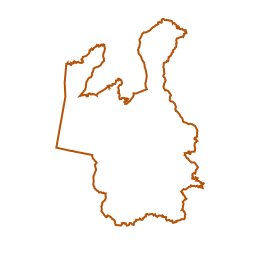 Poxoréu, Mato Grosso, Brazil, rotated 350°
{"feature_id": "56859067B72857844459056", "entity_name": "Poxoréu", "entity_type": "district", "adm_level": 2, "iso_a3": "BRA", "parent_name": "Brazil", "parent_adm1": "Mato Grosso", "projection": "robinson", "projection_center": [-54.104, -15.809], "detail": "fine", "context": "isolated", "style": "outline", "palette": "amber", "viewbox_px": 256, "rotation_deg": 350, "n_neighbors": 0, "source": "geoboundaries", "source_scale": "gbopen_adm2", "svg_char_len": 5806}
<svg xmlns="http://www.w3.org/2000/svg" viewBox="0 0 256 256"><g transform="rotate(350 128 128)"><path d="M68.7,141.0L69.3,140.8L70.2,141.5L88.2,148.4L87.8,149.8L88.2,151.9L91.1,156.6L90.8,157.2L88.9,158.5L89.4,163.4L85.5,169.9L84.9,174.9L84.0,177.4L84.1,178.9L84.7,180.2L84.5,181.2L86.7,184.5L87.8,185.2L88.3,186.5L90.3,186.5L91.6,187.7L92.7,187.4L93.1,188.1L94.7,188.7L94.2,189.9L94.2,192.0L93.3,194.3L92.1,195.5L89.7,197.0L89.1,199.6L88.1,200.8L88.2,203.0L87.4,205.4L90.6,211.6L91.4,212.2L92.1,211.7L92.2,210.9L92.7,210.6L93.5,210.9L95.7,212.8L96.9,215.2L97.6,215.3L98.2,215.9L98.9,217.8L98.7,218.4L99.0,221.3L104.1,222.8L105.6,221.6L105.4,220.7L106.5,220.5L108.0,221.6L108.6,221.1L109.2,221.4L109.7,223.7L110.0,224.0L111.9,223.8L113.1,222.0L114.3,222.1L115.6,223.9L116.7,224.4L118.0,221.6L119.8,220.9L120.1,219.7L121.8,220.2L123.5,220.0L124.0,219.3L124.7,220.5L126.1,220.9L126.7,220.5L126.9,219.6L128.0,219.3L129.0,218.3L130.2,218.3L130.5,216.5L131.8,215.8L133.4,217.1L135.0,216.7L137.1,216.9L138.2,218.7L139.7,217.7L140.3,219.7L141.1,220.0L141.4,220.7L143.0,219.5L146.3,220.4L146.7,220.0L147.2,220.5L146.7,221.6L150.0,222.3L149.5,224.5L150.3,225.9L152.2,225.5L152.8,225.7L153.0,226.4L154.3,227.3L154.9,226.8L155.5,226.9L156.0,229.3L157.8,229.0L158.6,228.5L158.6,229.0L159.5,228.9L160.2,227.9L163.0,227.8L165.2,227.1L167.5,227.6L168.3,226.6L168.7,224.7L169.5,223.3L169.1,222.1L169.2,220.7L168.3,219.9L168.4,219.4L167.6,217.7L167.0,217.8L168.2,216.2L168.5,214.5L169.6,212.3L169.1,210.2L171.5,208.5L172.9,208.3L173.3,207.7L172.4,207.1L171.8,204.4L170.5,203.0L170.7,201.8L170.4,201.2L169.8,201.1L169.4,199.8L172.1,197.8L173.5,198.5L174.4,198.5L178.0,196.5L179.1,196.7L180.1,195.5L181.0,196.4L183.0,196.4L184.4,197.3L186.0,196.8L186.8,198.3L187.4,198.7L188.5,198.6L191.1,200.0L190.8,198.3L189.6,198.3L188.6,197.6L190.8,197.3L192.9,195.9L192.5,195.3L190.2,195.2L190.0,194.7L190.3,194.1L189.1,193.3L188.4,192.3L186.0,191.7L187.9,189.5L187.5,189.2L187.0,189.3L186.1,188.2L184.6,189.8L182.5,189.1L182.6,188.3L183.2,188.2L183.8,187.2L183.0,186.3L183.6,184.4L184.7,184.3L185.3,183.7L186.3,184.5L187.5,181.4L190.1,178.9L187.9,174.2L187.0,173.3L184.4,173.0L182.2,169.7L181.5,168.1L181.0,168.1L180.5,167.5L179.7,164.8L179.1,164.5L179.5,164.0L179.5,162.6L181.9,162.9L183.7,161.6L184.2,161.7L183.7,163.9L184.1,164.3L184.8,164.4L185.4,163.2L186.3,162.5L189.5,162.8L190.7,159.6L190.4,157.1L191.3,154.4L194.1,152.9L193.0,151.2L192.3,151.2L191.5,150.2L192.2,149.1L193.5,149.1L194.5,148.6L195.3,144.2L196.0,142.9L194.4,137.6L191.6,135.3L190.0,134.6L188.2,134.7L186.5,133.1L183.8,131.8L183.3,131.0L183.4,129.2L182.6,126.9L181.6,125.8L181.6,124.5L179.4,120.5L178.0,119.5L178.2,118.5L177.7,117.6L178.9,115.7L178.3,112.2L176.8,110.0L174.6,109.1L174.0,107.9L174.4,105.7L175.1,103.9L176.0,103.5L175.9,102.7L175.2,100.9L174.6,100.3L174.3,98.8L171.8,97.1L171.2,97.4L170.2,94.9L170.2,93.0L171.1,91.8L171.0,91.0L173.3,87.8L172.9,85.0L171.8,83.3L172.0,82.2L173.3,80.7L173.2,79.0L173.6,78.2L173.3,77.7L173.8,76.2L173.4,75.0L173.4,73.8L174.2,72.0L174.3,70.5L174.8,70.1L177.1,69.7L178.0,68.7L178.9,69.3L179.3,69.0L180.3,65.2L181.0,65.3L181.3,64.7L182.6,64.4L182.9,63.7L183.6,63.3L183.9,62.0L185.6,61.0L185.4,60.2L186.0,59.1L187.7,58.2L188.3,57.2L189.3,56.7L189.9,55.3L190.1,53.1L190.7,52.8L190.8,49.8L191.6,48.4L197.7,47.3L198.2,47.9L199.5,45.8L199.5,45.1L200.7,45.0L201.0,44.5L202.0,44.7L202.0,43.9L201.3,43.7L201.0,43.1L201.9,42.0L201.5,41.5L199.4,41.4L198.7,39.8L196.2,39.7L195.8,39.3L195.5,36.9L195.1,36.5L194.1,37.3L194.1,38.4L193.4,38.1L193.5,34.8L192.3,33.8L192.0,32.8L190.7,32.4L190.2,32.9L190.1,31.0L189.6,30.3L188.1,29.5L187.3,29.5L186.1,28.6L182.9,28.1L182.0,26.8L181.1,26.7L180.0,27.1L179.7,29.3L179.3,30.1L177.9,29.6L177.5,29.0L175.8,29.5L175.8,31.1L173.3,31.6L172.0,32.5L169.7,33.3L166.2,35.9L162.0,37.0L160.1,36.6L158.7,37.4L156.1,41.3L154.8,42.6L154.5,44.1L154.8,45.8L153.1,50.4L152.4,50.8L152.2,51.7L151.3,52.9L151.6,54.0L151.4,56.3L153.2,59.8L153.9,63.9L155.1,66.2L155.3,68.7L155.0,70.3L155.6,74.9L155.5,80.1L153.7,85.4L152.9,86.7L152.6,90.2L153.3,93.1L141.9,95.4L139.5,94.8L139.3,96.4L138.3,98.2L133.9,102.3L132.7,102.5L131.4,103.8L129.5,103.8L129.7,103.0L129.0,101.8L131.0,101.2L132.6,100.1L133.2,99.4L132.7,98.8L131.2,98.7L130.7,99.3L129.8,99.3L129.7,97.9L127.6,97.5L127.1,97.5L126.2,98.4L124.8,98.2L124.8,95.7L125.5,94.2L125.3,92.3L124.4,92.0L124.7,90.5L125.3,90.5L125.6,89.9L125.4,86.2L127.3,84.1L128.6,84.3L129.7,83.4L129.9,82.3L129.7,79.9L129.2,79.3L128.5,79.3L128.1,78.1L127.4,77.8L126.9,77.8L126.5,79.4L125.5,79.0L124.4,79.2L124.4,80.1L123.1,82.4L120.4,81.9L120.1,83.4L119.6,83.6L117.7,82.9L117.0,83.3L116.4,84.6L116.3,83.7L115.5,83.9L111.2,86.1L105.0,88.4L102.8,89.9L102.8,90.5L102.1,89.8L98.8,88.2L98.3,88.7L97.0,88.4L96.9,87.7L96.3,87.2L94.1,88.0L94.3,89.0L94.0,89.7L93.3,89.7L93.5,88.9L93.1,88.2L92.2,88.6L91.9,88.0L90.7,87.7L86.2,88.1L92.5,82.8L93.8,79.9L94.7,76.1L97.6,72.4L98.8,71.7L100.2,71.7L101.0,70.9L101.9,69.5L102.2,67.5L103.1,66.7L104.5,63.5L105.9,62.8L109.7,62.4L111.8,61.5L114.2,58.8L115.9,58.0L116.4,55.3L115.9,53.9L116.2,51.9L116.8,50.1L117.5,49.5L119.1,45.9L118.8,42.8L119.2,42.2L118.7,41.7L118.3,42.4L117.1,42.5L116.5,41.9L116.8,41.3L116.2,41.2L115.0,42.4L113.7,42.8L113.5,41.3L112.0,41.9L112.0,41.1L111.6,40.8L110.7,42.2L108.3,43.2L107.6,44.3L106.8,43.8L106.9,44.6L106.4,44.8L105.8,44.0L105.0,43.9L104.3,45.2L103.6,45.0L103.3,46.5L102.0,48.2L99.3,49.8L95.8,50.2L95.2,51.6L94.0,52.4L94.2,53.2L95.1,54.0L94.6,54.7L95.1,55.2L93.6,56.0L91.6,55.3L90.4,54.1L88.7,54.8L88.5,54.2L87.8,53.9L87.4,54.5L86.8,54.3L86.7,53.1L85.9,53.3L85.3,54.9L84.3,54.8L83.4,54.2L83.5,55.3L83.0,56.0L82.6,56.0L81.3,54.5L80.7,54.6L79.8,54.1L79.9,53.4L78.9,54.4L78.4,54.2L73.5,72.4L71.8,86.3L54.0,134.9L68.7,141.0ZM116.3,83.7L116.1,82.9L115.6,83.0L116.3,83.7Z" fill="none" stroke="#b45309" stroke-width="2"/></g></svg>